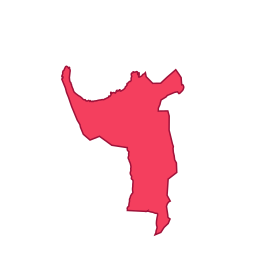 La Toc, Castries, Saint Lucia, rotated 33°
{"feature_id": "8701671B20822148324962", "entity_name": "La Toc", "entity_type": "district", "adm_level": 2, "iso_a3": "LCA", "parent_name": "Saint Lucia", "parent_adm1": "Castries", "projection": "equal_earth", "projection_center": [-61.007, 14.009], "detail": "fine", "context": "isolated", "style": "filled", "palette": "rose", "viewbox_px": 256, "rotation_deg": 33, "n_neighbors": 0, "source": "geoboundaries", "source_scale": "gbopen_adm2", "svg_char_len": 5668}
<svg xmlns="http://www.w3.org/2000/svg" viewBox="0 0 256 256"><g transform="rotate(33 128 128)"><path d="M174.0,117.2L163.7,107.5L156.0,95.5L152.1,92.0L144.2,97.3L142.6,94.7L142.0,91.0L141.2,88.8L140.5,86.4L143.0,81.2L143.2,79.3L147.7,72.7L149.8,70.7L150.9,71.1L152.1,71.3L152.5,71.4L152.3,71.4L152.8,69.4L153.2,67.4L153.3,66.9L153.3,66.3L153.3,65.9L153.1,65.0L152.9,64.2L152.6,63.5L152.4,63.2L151.8,62.7L151.4,62.4L150.8,62.0L150.0,62.0L149.8,62.2L149.5,62.5L149.1,62.0L145.1,56.8L141.5,55.2L136.3,53.1L133.1,64.2L131.0,72.7L124.4,77.1L115.3,75.1L112.4,72.1L112.2,73.3L112.1,73.8L111.7,74.3L111.4,74.8L111.2,75.7L111.3,76.4L111.0,77.2L110.5,78.0L110.4,78.2L110.0,78.9L109.6,79.2L109.3,79.4L109.0,79.3L108.9,79.0L108.8,78.6L108.8,78.1L108.7,77.8L108.1,76.9L107.6,76.1L107.3,75.7L107.1,75.7L107.0,75.9L106.9,76.0L106.9,76.3L107.0,76.6L107.4,77.0L107.5,77.3L107.5,77.7L107.3,77.9L107.1,77.9L106.8,77.6L106.3,76.9L105.8,76.4L105.5,76.0L105.0,75.8L104.5,76.0L104.4,76.1L104.0,76.7L103.7,77.0L103.3,77.4L102.9,77.8L102.5,77.8L102.0,77.9L101.7,78.1L101.8,78.3L102.0,78.7L101.9,79.3L101.5,79.6L101.2,79.9L101.2,80.1L101.2,80.6L101.6,81.4L102.2,82.0L102.4,82.1L102.9,82.5L103.1,83.0L103.2,83.6L103.5,84.4L103.8,85.1L104.6,86.0L104.7,86.3L104.7,87.1L104.6,87.7L104.0,88.0L103.7,88.9L103.6,89.4L103.5,90.3L103.3,90.7L103.0,91.2L103.1,91.6L103.2,91.9L103.6,92.1L103.8,92.2L103.8,92.9L103.7,93.9L103.5,94.7L103.4,95.2L103.5,95.5L103.7,95.8L103.8,96.4L103.6,97.1L103.2,98.4L102.8,99.3L102.6,99.7L102.4,100.0L101.9,100.9L101.5,101.2L101.2,101.2L100.5,100.7L100.5,100.4L100.4,100.4L100.2,100.4L100.0,100.6L99.9,101.0L99.9,101.5L99.6,102.2L99.2,102.7L98.9,102.9L98.6,102.9L98.4,102.7L98.2,102.5L98.0,103.0L98.1,103.7L98.2,104.1L98.4,104.7L98.4,105.4L98.1,105.7L97.6,105.8L97.4,105.8L96.7,106.0L96.3,106.4L96.0,107.0L95.6,107.2L95.3,107.2L95.0,107.2L94.6,107.2L94.4,107.3L94.1,107.5L94.3,107.9L94.4,108.0L94.7,108.5L94.9,108.6L95.0,108.5L95.4,108.3L95.5,108.7L95.6,109.4L95.7,110.6L95.6,111.4L95.3,111.7L95.0,111.8L94.7,111.6L94.5,111.9L94.6,112.1L94.9,112.5L94.9,113.0L94.6,113.5L94.3,113.9L94.0,114.3L93.7,114.8L93.3,115.6L93.1,116.0L92.9,116.2L92.7,116.3L92.4,117.2L92.2,117.4L91.9,117.6L91.7,117.8L91.4,117.9L91.3,118.0L91.1,118.1L90.8,118.3L90.4,118.7L89.8,119.3L89.5,119.6L88.9,120.0L88.5,120.4L87.6,121.3L87.1,122.0L86.6,122.4L86.5,122.6L86.3,122.8L86.1,122.9L85.6,123.2L85.5,123.3L85.1,123.7L84.8,124.0L84.6,124.5L84.4,124.7L84.2,124.6L83.9,124.6L83.8,124.9L83.7,125.1L83.1,125.6L82.6,125.7L82.3,125.8L82.2,125.7L81.8,125.6L81.7,126.3L81.6,126.5L81.3,126.5L80.7,126.2L80.4,126.2L79.9,126.3L79.7,126.7L79.3,127.4L79.0,127.6L78.7,127.7L78.6,127.8L78.4,128.0L78.2,128.1L77.4,127.9L76.7,127.6L76.5,127.8L76.3,128.0L75.9,128.1L75.7,128.2L75.5,128.3L75.2,128.4L74.3,128.3L73.2,128.0L72.6,127.9L71.6,127.8L70.5,127.7L69.9,127.8L69.1,127.8L67.8,127.8L67.1,127.7L65.4,127.6L65.0,127.5L63.6,127.3L63.4,127.2L63.0,127.1L62.9,127.0L62.4,126.7L62.0,126.5L61.8,126.3L61.0,125.6L60.9,125.5L59.9,124.8L59.7,124.7L58.6,123.9L57.7,123.3L57.6,123.2L57.4,122.8L57.1,122.5L56.7,122.4L56.3,122.0L55.7,121.5L55.3,121.1L55.0,121.0L54.1,120.8L53.3,120.0L52.7,119.3L51.9,118.3L51.5,117.9L49.4,113.7L48.8,112.5L48.6,112.0L48.2,111.3L47.7,110.8L47.5,110.6L47.3,110.4L46.9,110.2L46.7,110.1L46.5,109.9L46.3,109.6L46.2,109.5L46.1,109.2L45.9,109.1L45.7,109.4L45.7,109.5L45.8,109.7L45.8,110.0L45.6,110.2L45.2,110.0L45.1,109.9L44.9,109.8L44.7,109.7L43.9,109.7L43.5,109.6L43.1,109.7L42.9,109.7L42.7,109.8L42.5,110.1L42.3,110.5L42.3,111.0L42.3,111.5L42.4,111.8L42.5,112.2L42.5,112.5L42.5,112.8L42.6,113.2L42.6,113.4L42.8,113.7L42.8,114.1L42.8,114.4L42.8,114.7L42.7,114.8L42.6,115.1L42.5,115.4L42.7,116.3L42.9,116.9L43.0,117.1L43.4,117.5L43.7,118.1L43.8,118.3L43.8,118.5L43.9,118.8L44.0,119.2L44.0,119.5L44.1,120.1L44.3,120.6L44.5,120.8L44.7,121.0L44.8,120.9L45.0,120.5L45.1,120.4L45.4,120.5L45.6,120.6L45.8,120.8L45.9,121.0L46.1,121.3L46.1,121.5L46.1,121.9L46.0,122.3L46.0,122.5L45.9,122.7L45.8,123.0L53.7,128.5L57.2,131.7L61.6,134.8L69.1,140.7L81.1,149.0L85.8,151.3L87.8,153.3L94.0,157.6L102.7,158.8L108.6,150.5L123.8,151.3L136.2,145.7L136.3,145.6L136.9,145.4L137.5,145.1L138.0,144.8L138.4,145.2L138.7,145.9L139.3,146.7L140.1,147.2L140.7,147.2L141.5,147.3L142.0,147.9L142.3,148.8L142.5,149.2L142.6,149.3L142.9,149.8L143.4,150.4L143.7,150.9L143.9,151.7L144.1,152.5L144.7,153.3L145.6,153.9L146.5,154.4L147.0,155.0L147.9,155.5L149.3,156.5L150.3,157.5L151.2,158.4L151.9,159.4L152.2,160.2L152.5,160.7L153.5,162.0L153.9,163.2L154.2,164.2L154.9,165.2L155.8,165.8L156.7,166.2L157.3,166.5L157.8,167.4L158.3,168.5L158.7,168.8L159.8,168.9L160.7,169.2L161.1,169.8L161.6,170.4L162.2,171.6L162.9,172.9L163.8,174.3L164.5,175.8L165.2,177.0L166.2,178.3L167.1,179.2L167.3,180.0L167.3,180.5L167.1,181.1L167.2,183.6L167.8,185.3L168.0,186.8L169.2,188.7L170.3,191.4L171.2,193.0L170.8,194.8L171.1,195.9L172.2,197.0L172.4,197.5L188.9,187.9L189.3,187.2L189.3,187.5L189.6,187.2L190.4,186.7L191.4,186.4L192.5,186.1L193.5,185.7L194.2,185.4L195.2,185.0L196.3,184.9L197.6,184.5L198.5,184.0L198.9,183.8L199.2,183.7L199.5,183.8L200.1,184.6L200.6,185.7L201.1,187.2L201.7,188.5L202.5,190.3L203.2,191.6L203.8,192.6L204.5,193.5L204.9,194.0L205.4,194.4L205.9,194.8L206.3,195.3L206.7,195.8L207.0,196.7L207.2,197.5L207.4,198.2L207.6,199.0L208.1,200.0L208.5,200.7L208.6,201.7L208.7,202.4L208.8,202.9L212.4,197.7L212.4,191.7L213.7,186.2L212.8,181.4L210.6,181.3L209.8,180.8L208.9,179.5L206.8,177.1L205.7,175.9L202.9,172.7L202.3,170.4L202.3,168.4L202.7,167.1L203.2,166.3L197.4,163.1L189.5,149.0L193.1,138.7L187.6,130.9L184.5,129.3L181.8,126.1L179.3,123.7L176.9,120.6L176.1,118.8L174.0,117.2Z" fill="#f43f5e" stroke="#9f1239" stroke-width="1.5"/></g></svg>